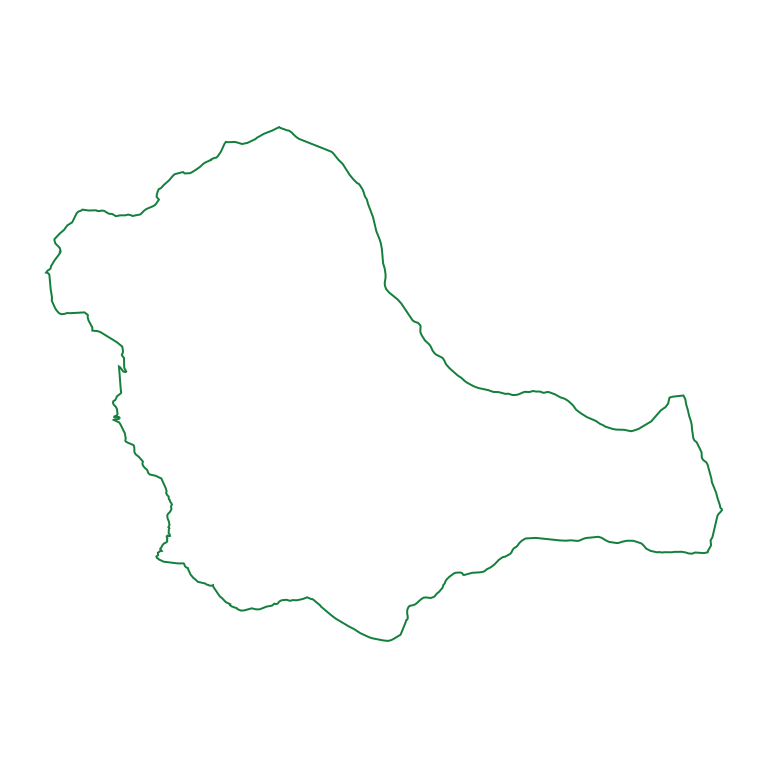 the district of Busteni, Prahova, Romania
{"feature_id": "2599482B44498880667390", "entity_name": "Busteni", "entity_type": "district", "adm_level": 2, "iso_a3": "ROU", "parent_name": "Romania", "parent_adm1": "Prahova", "projection": "natural_earth1", "projection_center": [25.539, 45.419], "detail": "fine", "context": "isolated", "style": "outline", "palette": "green", "viewbox_px": 768, "rotation_deg": 0, "n_neighbors": 0, "source": "geoboundaries", "source_scale": "gbopen_adm2", "svg_char_len": 6082}
<svg xmlns="http://www.w3.org/2000/svg" viewBox="0 0 768 768"><path d="M703.9,553.1L707.7,552.3L708.1,550.6L710.9,545.7L711.0,544.9L710.6,540.3L712.3,537.5L712.9,535.2L717.4,516.0L718.2,514.4L721.1,511.3L721.9,510.2L721.9,509.6L721.8,509.1L720.6,508.1L720.3,507.2L719.8,504.9L717.5,498.0L716.2,492.9L711.9,482.2L711.4,478.7L707.6,464.7L706.3,462.3L703.5,460.3L702.3,458.7L701.8,457.6L701.6,452.8L701.1,451.3L696.7,442.3L694.4,440.4L693.4,438.5L692.0,429.2L691.7,424.8L691.0,421.5L689.2,416.1L687.8,409.9L686.2,404.5L685.3,399.2L683.4,395.5L672.6,396.7L669.5,397.6L668.1,403.6L665.6,407.0L661.0,410.2L651.2,421.4L638.4,429.0L633.0,430.8L630.8,431.2L624.2,429.8L616.6,429.6L613.2,429.1L605.0,426.5L603.5,425.4L600.1,423.9L595.8,420.9L587.1,417.2L581.3,413.6L576.2,409.8L572.8,405.1L568.3,401.0L564.8,398.8L560.3,397.3L555.1,394.4L548.9,392.1L547.2,392.0L544.6,392.7L543.2,392.8L540.2,391.6L535.7,391.5L533.2,391.0L529.0,392.1L525.8,391.8L524.0,392.0L518.2,394.5L515.3,395.0L512.3,395.0L508.5,393.7L505.5,393.9L498.6,392.1L493.2,391.9L488.5,390.2L478.4,388.0L473.5,386.2L467.1,382.7L464.8,381.1L461.3,377.8L457.6,375.4L449.4,368.1L446.0,364.2L443.8,359.6L442.4,357.8L436.1,354.6L434.5,353.2L432.7,350.8L430.4,345.9L429.2,344.4L425.0,340.5L421.9,335.6L420.7,333.1L420.3,331.4L420.6,326.4L420.2,325.2L417.9,322.8L414.8,321.8L412.6,320.4L401.5,303.8L397.7,299.5L389.2,292.6L386.1,289.0L385.0,285.9L384.7,283.2L385.6,277.3L385.5,273.9L384.7,268.5L383.1,263.3L381.9,249.1L380.8,243.3L379.7,239.6L376.3,231.1L373.1,217.4L367.8,203.3L367.2,200.7L366.6,199.0L365.0,196.6L363.5,191.8L362.6,189.6L360.1,185.5L358.8,183.8L357.2,183.2L353.4,179.4L349.6,174.8L342.8,164.1L338.2,159.5L333.4,153.5L331.6,151.8L299.1,138.9L296.4,137.1L293.5,134.5L291.9,132.6L288.7,130.5L287.2,130.4L279.9,127.7L279.2,127.1L271.9,130.7L264.1,133.7L257.0,137.7L255.4,139.1L247.4,142.9L242.1,144.0L235.1,141.9L228.3,142.2L225.9,141.9L224.5,143.8L221.0,151.5L218.0,156.0L216.4,157.6L214.6,157.9L211.9,159.0L210.4,160.0L210.6,160.2L205.6,162.3L202.9,164.1L200.7,166.3L197.5,168.7L192.0,172.2L189.9,173.2L184.5,173.4L183.2,172.1L182.7,172.1L174.7,174.2L172.9,175.8L169.1,180.3L164.1,184.7L160.7,188.3L158.8,189.1L157.5,192.0L156.8,194.9L156.6,196.8L158.9,199.6L156.5,203.2L155.0,205.0L152.6,206.4L146.6,208.9L144.1,210.7L140.4,214.4L132.4,216.0L131.3,215.3L128.1,214.6L125.5,215.3L120.3,215.3L115.9,216.2L112.3,214.0L108.8,213.7L104.0,210.8L101.5,210.6L99.3,211.1L97.4,211.0L96.2,210.3L88.5,210.5L82.3,209.6L81.6,210.4L78.2,211.7L76.7,213.2L72.2,222.3L67.3,225.4L64.1,229.8L59.7,233.6L54.5,239.1L54.4,240.3L55.4,243.5L59.7,247.8L60.6,251.3L59.8,251.8L59.7,252.2L60.2,252.8L54.4,260.6L51.1,266.1L50.4,268.8L47.5,270.7L46.1,272.6L47.7,273.0L49.0,274.0L49.4,275.2L50.7,289.4L52.0,297.4L51.8,300.8L55.1,308.1L56.3,310.0L58.7,312.9L61.2,314.2L64.4,313.9L67.2,313.0L69.6,313.2L84.5,312.4L87.8,314.9L87.7,317.4L88.5,320.4L92.3,327.5L92.3,330.6L97.3,331.1L100.1,331.9L116.7,342.1L122.3,346.6L123.0,351.5L122.7,353.1L121.8,354.6L122.1,355.6L124.0,358.0L124.2,367.3L124.6,368.7L126.2,371.4L125.7,372.0L125.0,372.0L123.3,371.5L120.2,367.4L119.0,366.6L120.8,390.0L121.2,392.5L120.8,393.3L116.7,396.6L116.4,397.8L115.1,400.2L113.4,401.1L112.9,402.8L113.8,404.8L115.9,406.9L117.0,409.3L117.5,414.0L116.8,415.5L114.3,416.5L114.2,416.9L118.8,417.0L119.6,417.9L119.3,418.5L118.4,419.0L114.7,419.3L113.7,419.9L119.3,422.5L120.7,424.9L124.8,433.2L125.7,438.2L125.3,440.8L126.0,441.7L128.2,442.9L133.3,445.0L133.9,445.7L134.3,447.6L134.4,452.1L135.6,454.3L138.7,456.7L142.9,461.5L142.4,463.8L143.0,465.6L144.8,467.9L146.8,469.5L147.6,471.0L148.1,472.8L149.8,474.5L156.2,475.9L157.8,476.9L161.3,478.4L166.0,488.8L166.6,491.6L166.1,492.9L166.6,494.0L167.3,495.2L168.6,496.5L168.9,499.2L169.7,499.9L170.1,501.6L171.4,503.3L171.9,504.6L171.1,506.1L171.1,507.4L171.4,508.6L171.1,509.9L169.6,512.3L167.9,514.0L167.2,515.8L167.7,518.7L168.8,521.3L169.5,525.0L168.4,527.1L169.2,527.8L169.4,528.3L168.8,529.3L168.7,533.2L169.6,534.3L170.0,535.9L169.0,536.2L167.6,535.6L166.8,536.2L166.7,536.9L167.4,538.6L166.9,539.8L167.3,540.7L167.1,541.5L166.4,542.3L163.8,543.6L162.1,545.7L161.6,547.0L160.2,548.8L161.7,550.9L159.9,551.1L159.5,551.7L157.9,552.7L158.1,555.1L156.4,556.5L157.0,558.0L158.2,558.6L158.6,559.3L163.7,561.7L177.7,563.4L183.7,563.4L184.2,564.1L185.0,566.2L186.3,567.5L188.1,568.2L188.3,569.7L190.6,574.6L193.6,578.2L194.9,579.0L197.8,581.8L205.1,583.5L207.1,584.8L208.0,584.8L209.9,585.7L211.7,585.7L213.0,585.2L213.0,586.1L213.9,587.7L219.8,596.4L222.1,598.2L225.8,602.1L230.0,604.1L229.7,604.4L229.9,605.1L231.9,606.5L237.0,608.3L237.4,609.1L241.0,610.6L244.2,610.4L251.8,608.3L255.8,609.3L259.7,609.3L266.6,606.6L272.1,605.6L274.3,603.6L275.9,604.1L276.8,603.9L277.9,603.4L279.2,601.6L281.1,600.5L282.7,600.1L286.6,599.8L289.9,600.8L292.7,600.1L296.8,600.3L303.1,598.9L307.1,597.3L311.3,599.1L312.7,599.2L320.1,605.3L320.9,606.5L330.7,614.8L335.7,618.6L349.5,626.8L353.9,629.0L360.2,633.1L368.6,637.0L371.9,638.2L383.6,640.5L388.0,640.9L391.0,640.2L393.1,639.2L400.4,634.8L400.7,634.4L405.3,623.1L406.3,620.1L407.2,619.6L407.7,618.5L407.7,616.3L407.2,613.9L407.2,610.1L408.4,607.2L409.6,605.9L412.9,605.2L415.4,604.3L421.4,599.0L423.6,597.7L425.6,597.4L430.4,598.0L432.6,597.4L434.6,596.4L436.6,593.8L439.1,591.8L442.5,587.8L443.4,584.9L444.6,583.6L445.6,581.0L446.6,579.5L449.3,576.8L454.1,573.3L455.9,572.7L460.3,572.5L462.2,573.2L463.2,574.8L464.1,575.0L472.2,572.8L480.2,572.3L483.0,571.8L484.6,571.1L486.9,569.2L490.6,567.4L494.2,564.7L498.9,559.8L501.9,557.7L502.8,557.1L505.3,556.6L510.2,553.9L511.5,552.4L512.2,550.7L513.6,548.5L517.1,546.2L519.2,543.2L521.7,540.8L525.4,538.5L535.9,537.9L559.7,540.4L565.6,540.7L571.0,540.3L577.3,540.9L579.4,540.6L583.6,538.7L586.1,538.0L598.5,536.8L601.6,537.8L605.7,540.3L609.1,541.9L616.4,543.0L618.2,543.0L622.4,541.7L627.2,540.7L633.4,540.8L641.4,543.4L643.8,545.7L646.2,548.6L650.6,550.9L657.5,552.4L658.8,552.0L662.0,552.5L664.4,552.2L671.5,552.3L674.4,551.9L681.9,551.8L685.8,552.5L688.4,553.4L692.0,553.7L695.1,552.5L703.9,553.1Z" fill="none" stroke="#15803d" stroke-width="2"/></svg>